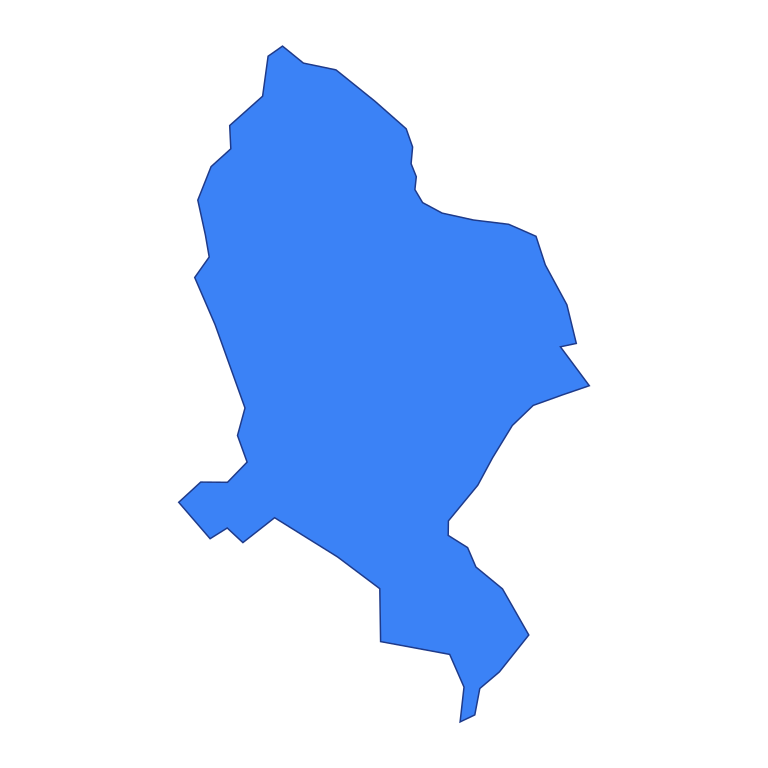 Kasbi, Kashkadarya, Uzbekistan (Natural Earth projection)
{"feature_id": "79887680B94594709209403", "entity_name": "Kasbi", "entity_type": "district", "adm_level": 2, "iso_a3": "UZB", "parent_name": "Uzbekistan", "parent_adm1": "Kashkadarya", "projection": "natural_earth1", "projection_center": [65.462, 38.853], "detail": "fine", "context": "isolated", "style": "filled", "palette": "blue", "viewbox_px": 768, "rotation_deg": 0, "n_neighbors": 0, "source": "geoboundaries", "source_scale": "gbopen_adm2", "svg_char_len": 847}
<svg xmlns="http://www.w3.org/2000/svg" viewBox="0 0 768 768"><path d="M375.0,101.3L336.0,69.9L303.4,63.1L282.5,46.1L268.1,56.2L262.6,96.2L229.7,125.5L230.8,148.8L211.1,166.6L197.8,200.1L205.4,235.0L209.2,257.0L194.7,277.5L215.1,324.7L245.0,408.0L237.5,435.5L247.1,462.1L227.5,482.3L200.7,482.1L178.7,502.3L210.1,538.7L227.2,528.0L242.9,542.6L274.6,517.7L337.5,556.9L379.8,588.7L380.6,641.6L449.7,654.4L464.0,687.1L460.1,721.9L474.8,714.9L479.8,688.5L499.4,671.9L528.8,635.0L502.5,588.9L475.9,567.0L467.6,547.6L448.2,535.4L448.4,520.9L477.8,485.2L492.6,457.7L512.3,425.5L533.2,405.4L562.4,394.9L589.3,385.7L560.4,346.8L576.3,343.4L566.9,304.8L545.3,264.9L536.0,236.3L508.7,224.3L473.4,220.0L442.1,213.1L422.6,202.6L414.9,189.6L416.3,176.7L411.1,163.7L412.6,147.0L406.2,128.8L375.0,101.3Z" fill="#3b82f6" stroke="#1e3a8a" stroke-width="1.5"/></svg>